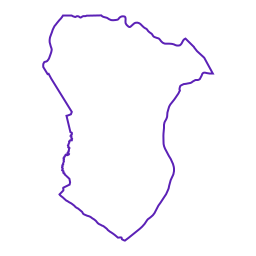 Flóahreppur, Suðurland, Iceland (Albers equal-area conic projection)
{"feature_id": "244011B29431294757890", "entity_name": "Flóahreppur", "entity_type": "district", "adm_level": 2, "iso_a3": "ISL", "parent_name": "Iceland", "parent_adm1": "Suðurland", "projection": "albers", "projection_center": [-20.876, 63.886], "detail": "fine", "context": "isolated", "style": "outline", "palette": "violet", "viewbox_px": 256, "rotation_deg": 0, "n_neighbors": 0, "source": "geoboundaries", "source_scale": "gbopen_adm2", "svg_char_len": 5316}
<svg xmlns="http://www.w3.org/2000/svg" viewBox="0 0 256 256"><path d="M59.5,194.4L59.8,194.9L60.2,195.3L61.2,196.2L62.8,197.4L64.3,198.8L66.2,200.5L66.9,200.9L67.3,201.0L68.9,202.1L70.0,202.7L70.8,203.1L72.0,203.9L74.3,205.7L75.4,206.9L76.0,207.4L76.6,207.7L77.3,208.2L77.9,208.4L78.4,208.8L81.9,211.7L82.2,212.0L82.6,212.8L82.9,213.3L83.2,213.8L83.6,214.1L84.1,214.4L84.5,214.6L87.1,215.7L88.8,216.2L89.8,216.6L90.6,217.0L92.3,218.3L94.1,219.4L95.6,220.6L96.2,221.2L96.8,222.0L97.5,222.8L97.9,223.3L98.2,223.4L98.9,224.0L100.4,224.7L101.0,225.0L102.0,225.6L102.7,225.8L103.5,226.2L104.3,226.8L106.6,228.6L107.2,229.2L107.8,230.0L108.3,230.4L110.0,231.7L111.5,232.6L112.2,233.1L113.1,233.7L115.2,235.3L117.9,237.6L118.5,237.6L120.3,237.4L121.3,237.5L121.5,237.6L122.0,239.3L123.7,240.2L124.9,240.6L128.5,237.9L139.8,228.8L142.2,226.6L144.6,223.9L146.0,221.8L147.0,220.3L147.8,219.3L148.9,218.5L150.5,217.3L152.8,215.3L154.5,213.1L158.4,205.6L160.5,202.7L164.3,196.9L166.1,194.2L167.5,191.1L168.6,188.5L169.2,185.6L170.7,180.1L171.8,177.7L172.8,175.6L173.4,174.2L174.0,171.1L174.0,168.6L173.8,167.0L173.0,164.0L170.7,158.9L168.8,155.8L166.7,151.8L165.0,148.6L164.1,146.3L163.6,144.0L163.5,141.2L163.4,135.9L163.5,133.4L164.0,128.0L164.0,124.8L164.5,122.4L165.2,121.0L165.8,120.0L166.5,118.6L167.1,116.8L167.2,115.6L167.3,114.1L167.4,112.7L167.8,111.2L168.6,108.4L168.9,107.4L169.2,106.5L170.3,104.5L174.2,99.6L175.6,97.6L178.4,93.5L178.9,92.5L179.4,91.3L179.8,90.9L179.9,90.6L179.8,90.0L179.5,89.5L179.5,89.0L179.6,88.3L179.8,87.5L180.2,86.2L180.5,85.8L180.8,85.6L181.4,85.2L183.7,84.1L186.1,83.8L187.5,83.5L189.7,83.1L190.6,82.9L191.8,82.3L192.3,81.8L193.3,81.2L195.3,80.1L195.7,80.0L197.9,80.0L198.8,79.7L199.8,79.1L200.7,77.4L201.6,75.7L202.4,73.7L203.0,73.1L203.9,72.7L205.2,72.7L206.9,73.1L209.4,73.5L212.8,73.5L204.2,57.7L197.0,51.1L194.1,47.4L194.0,47.0L185.5,38.6L184.5,39.1L183.6,39.9L182.9,41.0L182.2,42.3L181.6,43.5L180.7,44.6L179.8,45.3L178.7,45.5L177.7,45.5L176.8,45.5L175.4,45.1L174.2,44.5L172.5,44.0L171.2,43.8L169.6,43.7L166.1,43.7L164.8,43.6L163.7,43.2L162.7,42.7L161.8,41.9L160.9,41.0L160.2,40.0L159.5,39.2L158.9,38.6L157.9,38.2L156.8,37.9L154.4,37.0L153.6,36.5L153.0,35.8L152.1,34.3L151.4,33.6L149.5,32.3L148.2,31.1L146.8,29.2L146.1,28.7L145.1,28.2L143.9,27.4L142.5,26.1L141.4,25.0L140.5,24.1L139.5,23.4L138.6,23.0L137.5,22.7L136.6,22.7L135.5,22.8L134.5,23.2L133.6,23.9L130.5,26.7L130.1,26.9L129.5,27.0L128.8,26.8L128.1,26.3L127.5,25.7L126.8,25.1L126.1,24.1L125.6,23.1L125.5,22.0L125.5,20.6L125.6,19.3L125.5,18.0L125.2,17.1L124.7,16.6L123.9,16.4L122.9,16.3L121.9,16.4L121.0,16.7L120.1,17.2L119.2,18.0L118.3,19.2L117.7,19.6L116.9,19.8L115.7,20.0L113.5,20.2L112.6,20.2L111.5,20.1L110.9,20.0L108.9,19.1L107.3,18.0L106.5,17.7L104.2,17.1L103.2,16.8L102.1,16.2L101.3,15.4L86.6,15.7L86.2,15.9L85.5,16.1L83.7,16.1L83.1,16.2L82.4,16.5L80.8,17.5L80.5,17.5L79.9,17.3L78.6,16.4L77.5,16.2L76.6,16.3L75.8,16.8L75.2,17.0L74.2,16.7L72.8,16.2L71.6,15.5L63.0,15.5L62.1,16.9L60.9,18.5L59.3,20.2L57.0,23.0L55.7,24.7L54.5,26.1L53.6,27.9L52.7,29.8L52.0,32.0L51.2,34.1L50.0,37.4L49.7,39.3L49.6,40.9L49.7,42.4L50.8,46.5L51.4,48.1L51.7,49.4L51.6,50.5L51.2,52.3L50.7,53.8L49.7,56.6L49.3,57.7L48.9,58.7L48.5,59.3L47.7,60.4L47.2,61.0L46.5,61.4L46.0,61.6L45.0,61.8L44.2,62.2L43.3,64.0L43.2,65.6L43.3,67.1L47.6,74.1L48.6,73.8L51.2,78.6L71.8,111.9L70.9,114.3L67.8,115.5L66.5,115.8L70.4,132.1L71.7,132.7L71.9,133.0L71.9,133.3L71.8,133.6L71.8,133.8L71.9,134.1L71.7,134.4L71.6,134.5L71.5,134.8L71.4,134.9L71.4,135.1L70.8,135.3L70.6,135.8L71.0,135.9L71.2,136.0L71.2,136.3L71.3,136.4L71.4,136.5L71.3,137.0L71.5,137.2L71.5,137.4L71.3,137.6L71.4,138.0L71.8,138.4L71.9,138.5L71.6,138.8L71.6,139.1L72.0,139.8L71.9,140.0L71.8,140.3L71.6,140.3L71.5,140.1L71.1,140.0L70.8,140.3L70.4,140.3L70.2,140.6L69.8,140.6L69.7,140.7L69.7,140.8L69.5,141.2L69.1,141.5L69.2,141.9L69.2,142.2L69.3,142.4L69.3,142.6L69.2,142.8L68.9,143.2L68.8,143.4L68.8,143.5L68.7,143.9L68.5,144.2L68.4,144.6L68.4,144.9L68.3,145.1L68.0,145.3L67.9,145.5L68.0,145.7L68.3,145.9L68.4,146.2L68.5,146.4L68.5,146.8L68.2,147.2L68.3,147.4L69.0,147.7L69.1,147.9L69.4,148.0L69.4,148.3L69.0,149.0L69.0,149.3L68.9,149.8L68.9,150.2L68.7,150.5L68.6,150.8L68.8,151.1L68.6,151.4L68.5,151.8L68.2,152.0L68.2,152.3L67.8,152.5L67.7,152.6L68.0,153.1L68.6,153.3L68.7,153.5L68.7,153.9L69.0,154.1L68.9,154.4L68.4,154.6L67.7,155.1L67.1,155.1L66.7,154.4L66.1,154.8L65.9,154.7L65.7,154.7L65.5,155.0L65.4,155.1L65.4,155.4L65.3,155.7L65.1,156.0L64.9,156.2L64.6,156.3L64.3,156.7L64.2,157.1L64.3,157.3L64.3,157.5L63.5,158.1L63.5,158.3L63.7,158.7L64.0,159.1L64.0,159.3L64.0,159.5L63.8,160.0L63.6,160.1L63.6,160.3L63.8,160.5L63.8,161.1L63.9,161.4L63.7,161.7L63.6,161.9L63.6,162.1L63.5,162.3L63.4,162.8L63.0,163.8L63.0,164.1L63.0,164.3L62.9,164.4L63.1,164.7L62.5,165.2L62.4,165.3L62.4,165.5L62.3,165.8L62.2,166.0L62.3,166.2L62.6,166.7L62.4,167.0L62.1,167.2L62.0,167.5L62.1,167.8L62.4,168.0L62.6,168.5L62.8,168.7L62.8,168.8L62.7,169.2L62.4,169.5L62.2,169.9L62.1,170.2L62.1,170.3L62.8,170.7L63.0,170.9L63.4,171.1L63.5,171.4L63.5,171.6L63.3,171.9L63.3,172.5L63.5,172.8L63.5,173.1L63.7,173.3L63.9,173.4L64.4,173.3L64.5,173.4L64.8,174.5L69.4,178.8L70.1,182.3L69.6,184.6L63.5,187.6L63.3,187.7L63.2,188.0L63.2,188.7L63.4,189.1L63.4,190.0L63.3,190.5L59.5,194.4Z" fill="none" stroke="#5b21b6" stroke-width="2"/></svg>